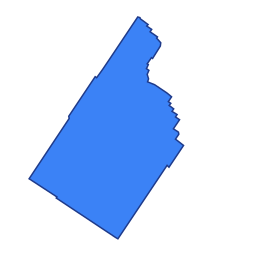 Sevier, Utah, United States of America, rotated 124°
{"feature_id": "52423323B46966183656729", "entity_name": "Sevier", "entity_type": "district", "adm_level": 2, "iso_a3": "USA", "parent_name": "United States of America", "parent_adm1": "Utah", "projection": "orthographic", "projection_center": [-112.118, 38.774], "detail": "fine", "context": "isolated", "style": "filled", "palette": "blue", "viewbox_px": 256, "rotation_deg": 124, "n_neighbors": 0, "source": "geoboundaries", "source_scale": "gbopen_adm2", "svg_char_len": 737}
<svg xmlns="http://www.w3.org/2000/svg" viewBox="0 0 256 256"><g transform="rotate(124 128 128)"><path d="M151.4,183.7L153.0,182.1L225.4,181.6L224.9,148.3L226.2,148.3L225.7,77.3L225.5,74.4L145.2,74.7L137.1,74.7L137.6,72.1L111.4,72.2L110.7,82.4L104.7,82.4L103.2,83.9L103.3,89.9L92.3,89.9L92.3,94.8L89.4,94.8L89.6,100.8L86.6,100.8L86.3,106.5L83.6,106.3L83.6,109.3L77.8,109.3L77.2,114.9L77.2,130.0L78.8,137.6L75.8,138.4L72.8,142.1L68.5,142.9L68.5,145.9L64.1,146.6L64.1,148.0L56.6,147.9L56.6,146.5L42.0,147.0L39.0,148.5L37.5,154.5L36.0,154.5L35.9,163.5L33.0,163.5L33.0,169.5L31.0,169.2L30.6,178.8L29.8,179.8L30.5,182.0L80.8,181.8L93.6,181.8L103.8,182.1L103.8,183.9L151.4,183.7Z" fill="#3b82f6" stroke="#1e3a8a" stroke-width="1.5"/></g></svg>